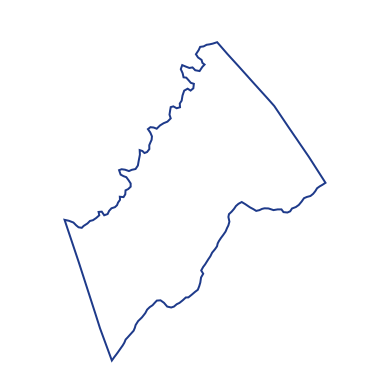 Itaocara, Rio de Janeiro, Brazil, rotated 162°
{"feature_id": "56859067B49021626071663", "entity_name": "Itaocara", "entity_type": "district", "adm_level": 2, "iso_a3": "BRA", "parent_name": "Brazil", "parent_adm1": "Rio de Janeiro", "projection": "natural_earth1", "projection_center": [-42.077, -21.729], "detail": "fine", "context": "isolated", "style": "outline", "palette": "blue", "viewbox_px": 384, "rotation_deg": 162, "n_neighbors": 0, "source": "geoboundaries", "source_scale": "gbopen_adm2", "svg_char_len": 2535}
<svg xmlns="http://www.w3.org/2000/svg" viewBox="0 0 384 384"><g transform="rotate(162 192 192)"><path d="M107.6,143.0L104.6,143.3L102.0,145.4L97.9,145.6L94.4,146.7L90.6,149.1L87.4,151.5L84.3,151.8L80.6,151.6L77.4,152.8L74.6,154.6L71.9,156.9L68.8,157.9L65.9,158.5L62.2,159.5L70.0,189.3L74.6,204.9L76.0,209.8L77.3,214.1L80.2,224.0L87.2,248.4L90.6,256.2L99.6,276.3L108.8,297.1L115.6,312.1L121.8,326.7L126.4,326.7L129.7,327.0L132.6,327.5L136.0,326.9L139.4,327.5L141.8,324.9L145.7,321.8L144.7,318.1L142.1,314.7L142.2,311.6L140.7,309.3L143.5,307.8L147.4,304.7L151.3,306.8L153.0,310.3L156.2,310.8L159.4,313.4L162.1,315.7L164.7,312.3L164.2,307.8L164.6,303.7L162.1,302.5L160.6,299.1L159.4,296.2L156.8,294.3L158.7,290.2L162.0,288.9L164.2,291.6L168.1,290.8L171.2,286.7L173.6,282.1L176.3,279.9L177.2,276.3L180.7,276.4L183.3,279.2L186.0,279.3L187.6,276.3L189.5,272.5L189.5,268.6L193.6,266.5L197.7,266.2L201.8,265.2L206.0,263.1L208.6,265.2L211.5,266.5L214.5,265.4L213.3,261.5L212.9,257.3L214.3,254.1L216.3,251.9L218.2,249.7L219.3,246.0L222.4,243.9L225.2,243.8L226.5,246.3L228.8,248.0L230.0,243.6L232.9,238.4L235.3,233.9L238.6,231.3L242.4,231.7L245.5,231.4L248.8,233.9L251.9,235.4L254.6,235.3L254.5,230.6L252.2,228.2L249.9,226.4L248.7,222.8L247.7,219.1L248.7,216.0L251.8,214.5L254.7,214.1L256.2,210.4L258.7,208.3L262.1,209.8L262.9,206.8L265.6,204.8L267.4,202.6L270.0,201.4L273.6,201.4L276.6,199.7L279.1,197.1L282.7,197.0L283.9,201.2L287.0,201.9L287.4,198.5L291.1,196.9L294.9,195.8L298.0,196.0L301.1,194.4L305.6,193.2L307.9,192.0L310.8,193.5L312.4,196.0L314.2,199.6L318.0,202.7L321.8,204.9L321.4,160.2L321.5,106.1L321.6,90.9L320.3,56.5L316.8,59.1L314.6,60.6L312.1,62.4L307.6,65.8L305.3,67.5L302.9,69.6L300.7,72.2L298.3,73.5L294.9,75.5L290.4,78.1L288.4,80.4L286.7,82.9L283.1,85.9L278.4,88.2L273.9,91.2L271.0,94.0L267.7,95.6L264.5,96.5L262.1,97.9L259.0,99.6L255.4,98.7L252.9,95.3L251.0,90.7L247.5,88.6L244.6,88.6L241.2,90.0L238.2,90.4L234.2,91.9L230.5,93.6L228.0,92.9L224.0,94.4L219.9,96.1L216.7,97.2L214.3,100.1L212.1,103.3L209.8,107.9L206.6,110.8L207.5,114.5L204.5,117.3L201.9,119.1L199.4,121.2L197.0,123.2L194.4,125.2L191.6,128.1L187.8,130.5L185.0,132.6L183.5,135.1L181.6,137.0L178.6,139.4L175.6,141.5L172.3,144.0L169.7,147.0L167.8,148.9L165.6,152.2L165.1,157.0L163.7,159.5L160.3,161.1L157.2,163.0L154.5,165.1L151.5,166.4L147.8,167.1L145.1,164.0L141.6,159.5L138.9,156.7L136.8,154.2L133.5,153.9L130.6,154.3L128.1,154.1L124.3,152.7L120.1,149.6L116.0,149.0L112.3,147.8L111.2,144.6L107.6,143.0Z" fill="none" stroke="#1e3a8a" stroke-width="2"/></g></svg>